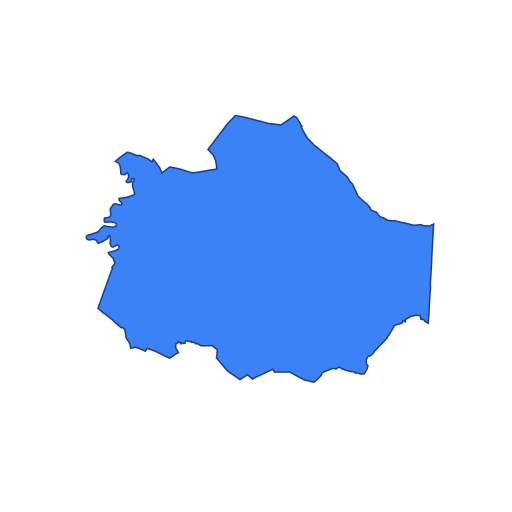 Ezza North, Ebonyi, Nigeria (Albers equal-area conic projection), rotated 49°
{"feature_id": "59680162B95600296408215", "entity_name": "Ezza North", "entity_type": "district", "adm_level": 2, "iso_a3": "NGA", "parent_name": "Nigeria", "parent_adm1": "Ebonyi", "projection": "albers", "projection_center": [7.956, 6.263], "detail": "fine", "context": "isolated", "style": "filled", "palette": "blue", "viewbox_px": 512, "rotation_deg": 49, "n_neighbors": 0, "source": "geoboundaries", "source_scale": "gbopen_adm2", "svg_char_len": 4145}
<svg xmlns="http://www.w3.org/2000/svg" viewBox="0 0 512 512"><g transform="rotate(49 256 256)"><path d="M419.7,170.1L417.3,167.7L414.2,164.5L409.5,160.0L407.5,158.1L403.7,154.4L402.0,152.7L399.6,150.4L396.0,146.6L393.7,144.5L391.3,142.6L385.4,136.8L381.7,133.2L377.1,128.6L372.6,124.5L353.9,106.3L348.4,100.9L347.2,105.5L344.1,108.6L342.6,110.0L340.6,110.9L336.4,116.7L330.2,121.0L323.9,125.8L321.3,127.4L317.6,131.3L315.1,133.4L310.8,134.7L308.0,136.6L304.7,136.7L302.1,136.3L298.3,138.4L296.5,138.9L293.7,138.1L288.8,138.2L285.1,139.0L277.8,139.7L270.6,137.6L265.1,136.0L260.9,136.3L256.6,135.3L246.3,136.5L239.9,134.2L231.5,135.4L225.9,136.5L210.7,139.3L203.9,139.7L201.5,139.9L198.6,139.5L194.6,138.8L189.5,137.5L188.8,137.2L188.2,137.2L188.4,136.4L186.2,136.0L184.2,135.5L178.1,134.5L175.2,135.5L175.0,136.9L174.8,139.4L173.6,151.0L164.0,159.7L144.2,173.3L136.4,179.4L137.5,190.9L144.1,222.4L151.8,222.0L158.0,224.1L164.7,228.5L160.7,234.8L154.4,245.2L151.3,249.7L139.5,257.0L132.3,262.6L131.6,272.4L127.9,271.4L126.1,270.7L122.9,270.6L120.0,270.2L118.4,270.1L116.6,270.0L115.5,270.0L116.2,271.6L116.7,272.7L115.0,273.1L112.0,273.8L103.4,278.0L102.5,279.6L100.5,280.8L97.6,282.3L94.7,283.8L93.2,285.2L93.1,286.3L92.3,294.6L92.3,300.1L95.9,298.7L97.4,299.0L99.5,299.9L103.8,302.8L105.0,304.0L106.5,303.8L108.7,301.4L108.6,298.6L109.1,298.3L110.9,298.8L112.9,300.5L113.7,301.8L114.0,303.2L114.5,305.0L114.9,305.3L115.4,305.3L116.5,304.7L118.1,302.0L117.7,300.5L116.3,299.4L116.1,298.7L116.6,298.1L118.1,297.6L118.9,298.0L119.4,300.4L122.2,303.3L129.0,306.4L129.7,307.9L129.5,309.1L126.8,315.2L122.7,321.6L124.0,322.7L126.0,322.5L128.4,322.7L128.9,323.7L128.8,324.5L127.2,326.1L124.8,327.4L123.8,328.7L123.4,329.8L123.7,330.9L124.0,332.2L124.7,334.8L126.5,336.4L128.0,337.4L129.5,338.6L130.3,339.6L130.4,341.5L127.9,345.4L129.9,347.7L131.6,347.8L133.7,344.8L136.0,342.3L138.7,340.4L140.1,340.1L141.5,341.9L140.8,344.7L135.6,349.3L133.6,350.5L133.4,352.9L133.3,355.0L134.3,358.9L133.1,362.0L131.8,365.5L129.9,369.3L129.8,370.2L130.1,371.1L130.5,372.0L131.8,372.4L132.8,372.4L134.6,371.3L136.1,368.5L137.9,367.0L139.6,366.1L140.3,366.3L142.1,366.9L142.9,366.8L144.0,363.9L144.7,360.8L145.5,356.8L145.2,355.8L144.3,354.7L144.0,353.4L144.8,353.2L148.5,355.2L150.3,357.5L152.3,358.6L153.3,358.9L154.8,358.7L155.7,357.7L156.0,356.1L156.3,354.7L156.8,353.2L158.7,353.0L159.8,353.7L160.5,355.1L159.6,358.9L156.5,365.2L157.2,365.6L159.7,365.7L161.1,365.5L162.8,365.4L163.9,365.3L165.2,365.8L166.6,366.4L167.9,366.6L169.1,367.8L169.5,370.1L170.0,372.1L170.9,372.2L183.6,395.0L191.8,409.6L198.3,408.7L202.0,407.7L205.9,407.0L208.9,406.4L213.2,406.0L221.6,404.8L222.7,403.5L225.2,403.3L229.9,405.9L231.8,407.4L239.9,408.9L243.2,411.1L244.7,409.1L245.7,406.8L250.9,403.9L255.3,401.9L254.3,398.8L261.8,394.5L274.7,389.1L276.5,388.2L277.3,381.0L278.1,378.0L272.9,376.9L271.9,376.3L269.7,373.9L270.3,372.1L269.9,370.8L271.0,370.1L272.5,370.5L273.2,370.2L272.7,369.0L274.8,367.8L274.9,367.3L275.1,366.7L273.8,364.9L274.5,364.0L278.3,361.1L278.8,361.3L281.0,359.0L282.3,359.3L283.6,358.1L284.4,357.3L286.4,356.9L288.3,355.8L294.7,348.1L295.8,347.7L296.4,347.7L297.5,347.5L298.6,347.3L299.4,347.0L301.4,346.7L301.5,346.7L303.3,348.9L304.5,349.6L306.4,352.1L307.0,352.8L307.4,352.7L324.1,353.0L326.6,352.4L335.4,350.0L338.8,349.2L339.4,345.1L339.9,341.8L340.0,340.3L346.7,339.4L346.6,338.5L352.5,317.6L355.7,318.2L365.7,306.7L374.4,303.4L381.1,300.9L389.4,295.0L389.3,290.3L389.0,285.3L387.6,282.9L388.2,280.0L391.3,271.7L393.9,269.5L394.2,266.1L397.1,265.3L398.4,264.9L398.7,264.2L400.5,263.5L405.3,260.4L406.7,258.9L408.4,257.7L409.0,257.6L409.4,257.9L411.0,256.0L412.5,255.1L413.7,254.6L415.9,251.8L415.8,250.9L414.1,246.2L412.9,244.4L412.4,243.6L409.7,243.4L406.7,240.9L405.3,237.8L406.4,234.7L406.3,231.5L405.6,228.7L405.4,226.5L404.1,212.1L402.4,206.0L399.4,197.3L399.8,195.6L402.1,190.8L402.3,189.2L401.5,188.6L401.3,188.0L401.3,187.4L401.9,187.1L402.8,187.1L403.7,186.5L402.8,185.8L401.9,185.0L402.2,183.6L403.4,178.2L405.5,174.5L408.6,171.2L412.1,173.1L414.0,171.1L416.2,171.5L419.7,170.1Z" fill="#3b82f6" stroke="#1e3a8a" stroke-width="1.5"/></g></svg>